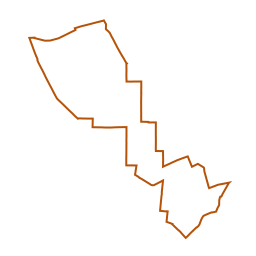 outline of Chiselet, Calarasi, Romania, rotated 184°
{"feature_id": "2599482B88528086640764", "entity_name": "Chiselet", "entity_type": "district", "adm_level": 2, "iso_a3": "ROU", "parent_name": "Romania", "parent_adm1": "Calarasi", "projection": "albers", "projection_center": [26.795, 44.194], "detail": "fine", "context": "isolated", "style": "outline", "palette": "amber", "viewbox_px": 256, "rotation_deg": 184, "n_neighbors": 0, "source": "geoboundaries", "source_scale": "gbopen_adm2", "svg_char_len": 4769}
<svg xmlns="http://www.w3.org/2000/svg" viewBox="0 0 256 256"><g transform="rotate(184 128 128)"><path d="M159.6,233.6L160.0,233.4L169.1,230.4L177.1,227.7L178.7,227.2L179.3,227.0L179.6,226.9L181.0,226.5L188.0,223.8L187.2,222.2L187.7,221.9L188.0,221.7L188.4,221.4L190.4,220.3L197.7,216.0L203.6,212.6L209.7,210.5L210.0,210.5L210.3,210.3L211.6,209.8L217.0,209.3L227.6,211.2L227.6,211.6L232.7,211.0L228.6,201.9L228.0,200.5L225.7,195.5L224.9,193.9L224.8,193.6L224.7,193.3L224.1,192.4L223.6,191.4L223.4,191.1L223.2,190.5L223.2,190.4L223.1,190.2L223.1,189.7L223.1,189.2L222.7,188.5L222.2,187.4L220.4,184.4L218.7,181.6L217.9,180.3L216.9,178.7L215.2,175.8L214.6,174.7L213.3,172.4L211.6,169.6L210.0,167.0L208.6,164.7L207.3,162.7L205.5,159.7L203.4,156.3L201.5,153.3L201.1,152.7L200.2,151.8L198.7,150.5L197.2,149.3L194.3,146.9L191.4,144.4L188.7,142.1L186.4,140.2L184.4,138.6L183.1,137.4L181.9,136.4L180.7,135.4L178.6,133.8L178.3,134.1L177.3,134.2L174.8,134.3L173.8,134.3L172.7,134.4L170.4,134.5L168.7,134.6L165.8,134.8L163.8,134.9L163.4,126.3L161.7,126.4L157.8,126.6L155.7,126.7L154.4,126.8L150.8,126.9L149.4,127.0L146.5,127.2L146.1,127.2L143.9,127.4L141.7,127.7L136.7,128.2L129.6,128.8L129.4,126.3L129.1,121.9L128.9,119.1L128.8,116.5L128.5,112.9L128.3,109.4L127.9,103.5L127.6,97.5L127.4,94.8L127.2,92.0L127.1,90.6L125.2,90.7L122.4,90.9L118.9,91.1L116.9,91.2L117.7,82.0L117.7,81.8L116.9,81.4L114.2,80.0L113.7,79.7L113.4,79.4L113.2,79.1L112.7,78.9L111.6,78.5L111.4,78.4L110.6,78.0L109.1,77.2L107.2,76.2L104.3,74.7L102.4,73.7L101.5,73.1L101.0,72.9L100.7,72.8L100.5,72.7L100.2,72.7L99.8,72.6L99.5,72.6L99.0,72.7L98.4,72.7L98.1,72.8L96.8,73.6L92.5,76.2L89.9,77.8L89.4,78.1L89.8,67.0L89.8,66.1L89.8,65.9L89.7,65.2L89.7,63.8L89.8,63.0L89.9,61.6L89.9,60.0L90.0,57.6L90.1,52.8L90.2,49.2L90.2,48.0L90.2,47.6L83.1,47.4L83.1,47.6L82.6,47.6L82.6,47.3L82.7,46.0L82.9,41.0L83.0,37.1L77.7,35.6L77.4,35.5L77.5,35.4L77.4,35.2L77.2,35.0L76.9,34.9L76.7,34.7L76.1,34.2L75.2,33.4L74.1,32.5L73.5,32.0L73.1,31.7L72.8,31.4L72.7,31.3L72.6,31.2L72.4,31.1L72.1,30.8L71.2,30.1L70.5,29.6L69.5,28.8L68.9,28.3L68.7,28.2L68.1,27.6L67.1,26.6L66.5,26.0L65.8,25.3L65.0,24.6L64.5,24.0L63.5,23.1L62.8,22.4L61.8,23.4L61.2,24.0L60.6,24.7L60.5,24.8L60.4,25.0L60.1,25.3L58.9,26.8L57.3,28.6L56.4,29.6L56.0,29.9L56.0,30.1L55.8,30.3L55.7,30.4L55.5,30.6L55.3,30.8L55.0,31.1L54.3,31.9L53.9,32.4L53.6,32.7L53.3,33.0L53.1,33.2L52.9,33.4L52.7,33.6L52.4,33.7L52.4,33.8L52.2,34.0L51.9,34.2L51.7,34.3L51.6,34.5L51.3,34.7L51.2,34.8L51.0,35.0L50.9,35.2L50.7,35.5L50.1,36.7L49.8,37.3L49.7,37.6L49.6,38.1L49.3,39.2L48.8,40.7L48.6,41.3L48.5,41.6L48.5,41.9L48.4,42.0L48.2,42.5L48.0,43.1L47.4,44.2L46.8,45.3L46.6,45.5L46.3,45.8L46.1,45.9L45.8,46.0L45.3,46.3L43.3,47.4L42.6,47.8L41.5,48.3L41.0,48.6L40.5,48.8L39.7,49.2L39.2,49.4L38.8,49.6L38.6,49.6L38.4,49.7L38.0,49.6L37.9,49.6L37.5,49.8L37.2,49.9L36.9,50.0L36.4,50.1L36.2,50.1L35.4,50.4L34.7,50.7L34.3,50.9L34.2,50.9L34.2,51.0L34.1,51.4L34.0,51.7L33.8,52.2L33.4,53.4L33.4,53.7L33.0,54.6L32.1,56.6L31.8,57.2L31.7,57.4L31.7,57.5L31.7,58.1L31.8,59.0L31.8,59.7L31.9,61.2L31.9,61.9L31.9,62.4L31.9,62.7L31.8,63.1L31.7,63.8L31.5,64.9L31.4,65.3L31.3,65.6L31.2,65.9L31.0,66.0L30.7,66.0L30.4,66.0L30.1,66.1L30.0,66.3L29.6,67.3L28.9,69.1L27.3,72.4L26.5,74.1L25.2,76.8L24.4,78.5L23.7,80.0L23.5,80.4L23.4,80.5L34.1,77.7L40.0,75.0L42.9,73.7L43.8,75.8L43.8,76.0L48.7,89.8L49.2,92.4L49.3,93.2L49.7,93.9L55.8,97.1L61.5,93.8L66.3,103.5L66.4,103.8L66.8,103.7L67.1,103.6L67.5,103.4L68.8,102.8L72.5,101.2L75.5,99.8L76.9,99.2L77.7,98.7L79.6,97.7L81.5,96.7L83.0,95.8L85.8,94.3L89.1,92.5L90.4,91.8L90.4,92.3L90.4,92.8L90.4,93.6L90.6,95.7L90.7,98.4L91.0,101.8L91.2,104.5L91.5,107.4L94.8,107.2L96.7,107.1L98.6,107.0L98.8,108.9L98.9,110.5L99.4,118.8L99.7,122.3L100.1,127.7L100.5,134.0L100.6,135.4L100.6,135.5L100.9,135.5L101.7,135.4L103.9,135.3L105.7,135.1L107.6,135.0L108.0,135.0L108.1,135.5L115.3,135.2L115.4,137.1L115.5,138.3L115.5,139.3L115.7,140.3L115.7,141.3L115.8,142.5L115.8,142.9L115.8,143.3L115.9,144.0L116.0,145.1L116.1,146.5L116.2,148.0L116.3,148.9L116.3,149.6L116.4,150.9L116.5,151.8L116.5,152.5L116.6,153.4L116.7,154.3L117.2,164.2L117.3,164.2L117.3,164.9L117.4,165.7L117.4,166.3L117.5,167.1L117.5,168.0L117.6,169.1L117.6,170.0L117.7,170.8L117.7,171.5L117.8,172.6L117.9,173.7L118.0,174.7L118.0,175.3L118.5,175.3L120.7,175.1L121.8,175.0L122.5,175.0L124.7,174.8L127.1,174.6L129.8,174.4L131.8,174.3L132.7,174.2L132.8,175.4L133.0,177.2L133.1,178.3L133.3,180.8L133.4,182.4L133.5,184.9L133.9,189.6L134.1,191.9L133.6,192.3L134.3,192.9L134.5,193.0L135.0,193.9L136.1,195.5L137.0,196.9L139.2,200.0L141.5,203.4L144.0,207.2L146.8,211.8L149.4,216.1L150.4,217.5L153.0,221.9L153.2,222.0L154.5,223.2L156.0,224.3L156.9,225.0L157.0,226.1L157.2,230.1L159.6,233.6Z" fill="none" stroke="#b45309" stroke-width="2"/></g></svg>